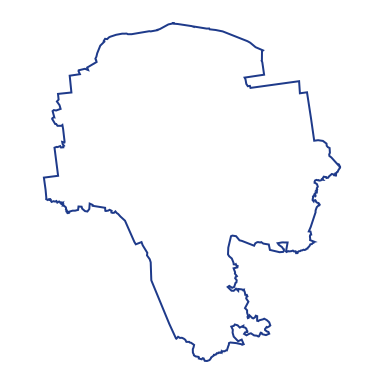 outline of Blīdenes pag., Brocenu, Latvia
{"feature_id": "27541924B82877034369883", "entity_name": "Blīdenes pag.", "entity_type": "district", "adm_level": 2, "iso_a3": "LVA", "parent_name": "Latvia", "parent_adm1": "Brocenu", "projection": "albers", "projection_center": [22.765, 56.631], "detail": "fine", "context": "isolated", "style": "outline", "palette": "blue", "viewbox_px": 384, "rotation_deg": 0, "n_neighbors": 0, "source": "geoboundaries", "source_scale": "gbopen_adm2", "svg_char_len": 5934}
<svg xmlns="http://www.w3.org/2000/svg" viewBox="0 0 384 384"><path d="M226.9,350.4L228.3,346.0L228.8,344.9L229.0,343.1L230.3,342.5L236.2,343.1L242.2,344.4L242.3,344.7L243.7,344.2L241.7,339.6L238.1,341.2L233.7,336.6L232.6,332.7L232.8,329.7L231.3,326.6L233.8,325.9L234.8,324.5L237.6,325.3L239.8,327.6L243.3,325.8L243.2,327.1L245.1,327.6L246.3,328.6L246.6,329.9L247.4,331.2L247.3,332.0L245.2,332.3L244.1,333.9L246.5,335.3L249.0,333.9L250.9,333.3L254.1,335.4L256.9,335.7L258.3,336.5L259.0,336.3L260.7,332.7L261.6,332.9L262.3,334.2L266.0,335.1L269.2,333.7L268.4,331.9L267.2,331.6L265.1,330.1L265.0,329.1L266.6,327.0L267.3,327.4L269.2,326.4L270.3,325.4L269.2,322.3L266.8,320.1L264.2,318.7L263.1,319.3L259.2,320.3L258.4,321.1L257.2,320.8L257.1,319.5L257.2,316.2L255.8,315.7L254.9,317.4L253.3,318.4L252.4,318.1L249.6,315.4L248.7,317.8L247.9,318.1L247.5,316.9L248.1,315.9L247.1,312.7L247.1,310.3L245.0,308.1L248.4,301.7L246.2,298.5L246.5,296.8L247.4,296.4L246.8,294.9L245.3,294.9L244.8,292.2L244.1,290.4L243.7,290.4L243.9,289.6L242.4,289.8L241.9,289.4L238.3,289.0L238.2,290.8L236.0,288.7L233.7,290.8L231.5,290.7L227.7,287.0L229.3,285.9L232.1,287.8L234.2,286.9L235.5,282.9L236.4,282.4L236.7,280.2L235.2,278.3L235.5,277.2L236.9,276.2L234.9,273.6L235.1,272.3L233.6,268.3L237.4,267.4L237.6,266.4L237.6,265.9L236.5,265.7L235.8,264.1L235.2,264.5L233.7,264.3L233.5,262.7L231.8,258.5L229.2,256.3L228.0,254.4L228.3,247.6L231.0,236.2L232.4,235.6L236.1,236.2L239.5,240.3L241.9,240.9L254.1,245.7L255.3,243.3L257.2,242.2L258.1,242.1L260.3,242.5L261.2,242.1L263.3,243.6L268.8,244.5L269.9,249.9L279.6,252.2L283.1,251.9L283.9,251.0L283.9,249.3L283.3,249.0L282.0,247.1L278.8,244.8L277.7,243.2L282.1,242.4L287.6,242.5L286.0,251.5L286.6,252.0L288.1,251.1L288.8,251.4L291.2,251.2L292.9,250.6L293.8,251.4L295.5,251.3L295.6,251.9L296.1,252.0L296.0,252.4L296.1,253.1L297.4,253.1L297.7,252.9L297.9,251.9L298.7,251.3L300.2,251.1L300.9,250.5L302.1,250.4L303.6,249.7L304.7,250.0L305.9,249.5L306.4,248.8L307.5,248.6L307.7,247.9L309.3,246.3L310.4,244.3L311.8,244.1L312.6,243.2L313.7,242.7L314.0,241.9L314.4,241.8L310.1,240.1L310.2,238.8L309.9,236.4L310.1,235.3L310.5,234.8L311.2,234.6L310.5,231.6L308.8,231.4L310.7,227.0L314.6,215.2L315.6,212.2L315.5,211.1L315.8,209.8L316.8,207.1L318.3,205.7L319.4,205.3L319.7,204.6L318.8,203.4L318.5,203.7L318.0,202.9L317.0,202.6L316.0,201.7L315.9,201.0L315.5,200.8L315.3,200.2L313.8,200.5L313.6,201.3L312.6,200.1L312.8,198.6L313.2,197.0L313.0,196.6L313.5,195.9L314.1,195.2L314.7,195.2L315.3,196.2L315.6,195.9L315.3,194.8L314.6,194.7L314.4,194.2L315.5,192.9L316.8,192.6L316.9,191.0L316.0,190.8L316.6,190.0L316.7,189.4L317.1,189.3L316.8,188.2L317.8,186.7L317.0,184.2L315.2,182.9L314.6,182.8L314.6,181.6L315.1,180.5L316.4,179.9L318.1,180.3L318.6,180.1L319.2,180.6L320.8,180.4L321.8,179.7L323.1,179.8L322.2,178.8L322.8,178.4L323.0,177.8L323.4,177.4L323.7,176.7L326.3,177.1L326.5,178.0L328.2,177.7L329.0,176.4L331.8,174.0L333.2,174.3L334.0,175.2L334.4,175.1L334.7,174.5L335.3,175.5L336.0,175.5L336.1,174.7L335.8,174.1L335.8,173.2L336.4,173.1L336.9,172.1L337.6,171.9L338.5,169.9L340.0,167.8L340.1,167.4L339.9,167.1L340.0,166.6L339.3,166.4L339.4,165.5L339.0,164.5L338.1,164.1L337.8,164.6L331.3,157.4L329.4,156.0L329.2,154.4L329.9,152.8L329.6,148.0L327.8,147.1L326.7,145.7L326.5,143.6L322.9,140.9L318.1,140.2L314.2,140.7L311.1,119.0L307.0,92.3L299.9,93.3L299.1,81.2L250.5,87.9L249.9,85.9L247.8,86.2L246.3,83.9L245.5,79.4L244.6,77.6L264.1,74.7L262.3,62.2L261.7,60.9L261.9,60.8L262.0,51.3L263.0,50.4L255.6,47.2L250.2,42.7L247.5,41.2L222.7,31.4L215.7,30.0L209.6,29.3L209.2,28.5L206.7,28.6L193.7,26.5L193.7,26.8L191.7,26.1L177.7,24.0L173.8,23.7L173.8,23.0L172.7,23.0L172.6,23.5L168.4,24.4L159.8,29.1L157.2,29.9L157.3,30.2L150.7,31.4L149.3,31.2L131.6,34.2L127.9,34.2L126.7,33.6L122.0,33.7L116.1,34.8L110.3,36.7L108.9,37.4L107.2,39.1L105.1,38.8L103.7,41.1L104.3,41.7L100.3,45.6L97.2,53.3L96.4,56.7L95.4,58.7L95.9,60.1L96.1,60.1L96.6,62.0L87.2,67.5L88.1,70.0L84.9,68.8L78.7,70.3L78.5,71.1L79.9,74.2L69.7,75.7L71.4,92.5L58.0,93.9L58.6,99.6L56.9,101.5L59.5,105.1L60.6,108.9L56.1,110.5L53.8,110.1L52.6,111.1L54.3,117.3L53.9,117.2L52.5,118.1L52.5,118.8L52.2,119.0L55.2,124.0L56.2,124.0L57.5,125.8L61.4,125.8L62.4,125.0L63.1,128.9L64.6,141.9L64.4,142.5L62.2,141.9L62.6,144.0L64.0,145.8L63.2,146.3L63.3,147.3L61.0,147.5L60.2,146.1L57.5,147.1L56.6,146.9L54.5,147.7L58.1,175.8L43.9,177.6L45.6,190.0L46.3,197.7L46.2,199.2L47.7,200.0L48.4,199.3L49.2,199.4L49.5,199.1L50.0,199.1L49.8,200.0L50.8,200.1L50.7,200.6L51.6,201.9L53.5,201.2L55.1,201.6L56.4,201.0L57.3,202.6L59.1,201.5L60.2,202.3L60.3,202.9L60.8,203.4L61.3,202.4L61.9,202.4L62.1,202.9L62.1,203.6L62.8,203.1L62.6,203.8L63.3,204.1L63.0,205.2L63.4,205.0L63.7,205.8L64.3,206.0L65.8,207.3L66.1,208.2L65.9,209.5L66.5,209.9L66.4,210.6L66.8,210.5L67.3,211.3L67.0,211.9L67.3,212.0L67.3,212.9L67.5,213.1L68.5,212.7L69.5,213.4L68.7,211.8L72.5,210.7L75.0,210.7L78.1,209.9L78.5,206.5L81.6,206.7L82.2,208.7L85.0,211.1L87.4,211.5L89.3,209.0L89.7,203.6L92.6,204.9L92.6,205.8L105.1,207.8L105.3,210.8L105.8,211.0L108.2,210.6L109.6,209.8L111.6,210.8L111.3,211.8L111.4,212.5L112.7,212.9L114.0,212.8L115.4,211.4L116.7,213.0L118.2,214.0L120.3,216.4L125.0,220.7L134.4,242.0L135.8,244.3L141.5,242.1L142.7,245.3L147.3,252.8L147.0,255.4L149.7,259.2L150.7,262.3L151.3,280.3L169.3,323.9L176.0,338.5L176.4,338.7L178.1,336.8L179.9,337.9L181.9,337.8L183.7,338.6L185.3,339.8L186.4,341.9L189.2,341.9L189.7,342.5L191.1,342.8L194.1,344.9L193.5,347.5L192.8,349.2L192.9,352.7L193.8,354.5L193.9,355.3L195.6,356.4L198.6,356.9L198.9,357.3L198.8,358.5L201.7,359.3L202.6,358.2L203.6,358.4L204.7,360.8L207.0,361.0L209.5,360.1L210.9,358.3L211.1,357.5L213.8,355.5L213.9,354.9L214.6,355.0L215.3,354.5L215.8,354.6L216.9,353.2L217.6,353.4L218.3,353.1L218.5,352.7L218.9,352.9L219.5,352.5L220.6,352.8L221.1,352.1L221.6,352.5L221.7,351.7L222.0,352.1L222.7,351.2L224.6,351.3L225.9,350.4L226.9,350.4Z" fill="none" stroke="#1e3a8a" stroke-width="2"/></svg>